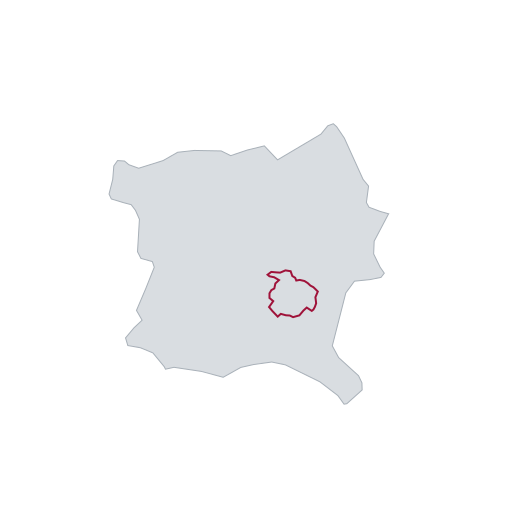 where Suva Reka sits in Kosovo, rotated 310°
{"feature_id": "KOS-5910", "entity_name": "Suva Reka", "entity_type": "District", "adm_level": 1, "iso_a3": "XKX", "parent_name": "Kosovo", "parent_adm1": "", "projection": "mercator", "projection_center": [20.856, 42.352], "detail": "fine", "context": "in_parent", "style": "outline", "palette": "rose", "viewbox_px": 512, "rotation_deg": 310, "n_neighbors": 0, "source": "natural_earth", "source_scale": "10m", "svg_char_len": 1591}
<svg xmlns="http://www.w3.org/2000/svg" viewBox="0 0 512 512"><g transform="rotate(310 256 256)"><path d="M160.2,192.5L182.0,185.3L185.1,180.2L180.2,169.4L183.1,162.5L209.2,143.1L213.5,134.3L215.1,127.4L211.6,120.0L206.7,108.5L209.0,103.6L222.6,97.0L233.6,89.2L240.1,88.6L244.2,94.2L244.2,99.9L247.8,109.7L255.9,114.9L269.4,123.5L285.1,129.3L297.3,141.0L314.1,161.8L316.6,172.1L331.7,181.3L345.7,191.6L343.5,210.7L391.1,227.4L401.9,227.3L407.0,230.2L406.9,234.6L403.1,247.9L383.5,288.8L381.9,297.3L367.9,306.2L366.0,311.3L370.0,322.6L373.6,330.5L373.3,330.5L343.3,337.0L333.2,344.8L327.2,358.3L325.3,365.3L320.0,365.5L311.2,358.5L300.0,347.6L285.5,348.5L236.2,372.2L231.3,384.6L230.2,411.5L226.9,418.7L221.6,423.4L201.2,420.5L199.1,418.7L201.7,408.4L200.7,385.9L191.5,348.5L184.9,336.2L171.4,324.0L160.9,316.0L142.0,308.8L132.4,288.2L118.0,264.7L111.1,259.4L112.2,257.0L115.5,239.3L111.4,226.4L105.0,215.4L109.4,208.7L122.6,208.7L133.6,210.0L137.5,199.4L160.2,192.5Z" fill="#d9dde1" stroke="#a8b0b8" stroke-width="1"/><path d="M223.5,311.6L224.4,303.7L225.3,298.8L232.5,298.2L232.5,293.3L236.1,290.3L239.7,289.7L242.9,290.9L247.4,288.5L252.3,289.1L251.4,283.6L249.1,279.3L249.1,276.9L253.6,277.9L256.3,281.8L258.8,285.2L263.9,287.8L266.6,292.3L264.0,296.7L264.5,300.0L263.1,302.6L265.8,304.9L268.0,309.2L268.5,313.0L268.3,316.7L269.0,320.0L268.8,322.9L268.5,326.2L262.6,328.0L260.3,330.5L258.4,332.5L254.9,333.8L251.9,334.4L249.8,334.0L249.1,328.0L244.7,327.4L238.4,327.4L233.0,323.7L232.1,320.1L229.8,317.0L227.6,312.2L223.5,311.6Z" fill="none" stroke="#9f1239" stroke-width="2"/></g></svg>